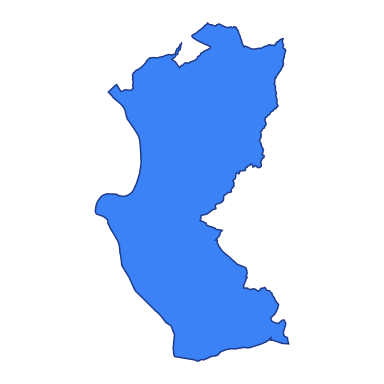 outline of Daesti, Vâlcea, Romania
{"feature_id": "2599482B34599857525673", "entity_name": "Daesti", "entity_type": "district", "adm_level": 2, "iso_a3": "ROU", "parent_name": "Romania", "parent_adm1": "Vâlcea", "projection": "equal_earth", "projection_center": [24.416, 45.181], "detail": "fine", "context": "isolated", "style": "filled", "palette": "blue", "viewbox_px": 384, "rotation_deg": 0, "n_neighbors": 0, "source": "geoboundaries", "source_scale": "gbopen_adm2", "svg_char_len": 5926}
<svg xmlns="http://www.w3.org/2000/svg" viewBox="0 0 384 384"><path d="M284.4,320.3L283.6,319.9L282.1,320.3L279.3,322.6L279.0,323.5L275.6,323.0L272.3,321.5L271.5,320.6L270.7,318.6L270.9,318.1L271.7,316.9L274.7,314.2L275.7,312.5L277.6,308.8L277.9,306.9L278.6,304.9L277.8,303.4L276.7,302.5L276.5,301.8L275.5,300.8L275.0,299.8L274.5,298.0L272.4,295.2L272.0,294.3L272.1,293.4L270.5,292.1L269.5,290.7L267.6,290.4L266.7,290.5L266.2,289.9L265.6,288.2L264.5,287.4L262.7,288.3L261.1,288.3L260.2,289.3L259.7,290.2L258.1,291.2L255.5,289.4L254.2,288.9L252.6,288.9L250.1,289.6L247.7,288.7L247.6,288.1L243.7,288.1L243.7,285.0L244.5,283.8L244.6,282.8L245.5,281.2L246.0,279.0L247.2,277.4L246.2,276.7L247.0,273.6L247.1,272.6L246.6,269.7L245.7,267.6L237.3,264.3L227.7,255.6L225.2,253.7L221.3,250.1L220.6,248.5L219.1,246.7L217.2,242.5L217.1,241.7L217.4,240.8L217.2,240.1L215.5,240.0L218.9,236.4L219.9,234.5L220.2,232.6L222.2,230.4L218.5,229.6L216.9,229.7L216.0,229.3L214.8,228.1L206.7,225.3L206.5,224.1L205.9,223.1L204.5,222.3L201.4,221.0L200.1,220.9L201.0,217.9L200.9,216.0L201.4,215.4L207.1,214.0L212.9,209.6L215.7,208.8L216.0,208.2L215.3,206.7L215.3,205.4L215.4,205.0L216.6,204.2L220.5,202.9L221.7,202.2L223.5,200.2L223.6,196.6L223.9,195.8L227.8,192.8L228.8,192.4L230.7,192.3L231.1,192.0L231.4,191.3L231.1,190.1L231.2,189.3L234.0,186.1L233.9,182.5L233.1,180.6L233.1,180.2L234.7,179.0L235.2,178.4L235.7,176.4L235.7,175.0L236.5,172.6L237.0,172.4L237.9,173.3L238.9,173.8L239.5,172.6L239.7,171.0L245.0,170.5L245.4,170.0L245.6,169.5L245.3,168.6L245.6,168.0L247.2,167.1L247.9,165.8L249.3,165.6L251.1,163.9L252.5,164.8L252.6,166.5L253.0,167.0L253.7,166.9L255.4,165.7L256.4,166.0L257.3,167.4L258.1,167.6L259.6,167.5L261.2,166.4L261.3,164.2L260.6,162.7L260.7,162.0L261.2,161.3L261.5,160.4L261.4,159.8L262.0,159.3L262.0,158.7L263.9,157.6L264.1,155.8L263.7,155.3L262.5,155.0L262.0,154.3L262.5,153.2L262.9,152.7L262.8,152.2L263.5,149.7L262.4,148.0L262.4,147.5L261.9,147.0L261.9,146.6L261.2,145.7L261.4,145.0L261.2,144.0L259.7,141.1L259.7,139.4L260.4,138.6L261.1,137.0L261.1,136.3L260.8,135.7L261.3,134.3L260.8,133.3L260.6,131.6L261.6,130.9L262.8,128.7L264.5,127.8L264.6,126.4L266.0,124.9L266.0,123.9L265.7,122.3L265.1,121.6L265.0,120.0L265.4,119.2L265.0,118.5L265.0,117.9L266.8,116.9L268.0,115.2L269.3,114.7L271.0,111.9L273.1,110.8L274.5,108.8L275.9,108.6L276.2,108.2L276.3,107.5L277.6,106.6L278.0,106.0L277.9,105.5L276.8,103.5L277.0,101.5L277.0,99.4L275.7,95.6L275.8,94.9L276.4,94.1L276.4,93.1L275.5,90.7L275.4,86.5L274.8,84.5L274.4,84.3L274.4,82.9L274.9,82.0L274.7,80.6L275.2,78.7L275.0,77.9L276.1,77.6L275.9,77.0L276.5,76.6L277.1,75.5L277.2,74.6L278.3,73.9L278.9,72.6L279.5,72.0L279.6,71.5L280.8,70.5L280.8,69.6L281.8,68.2L281.8,67.5L282.7,66.7L283.1,65.4L283.4,65.1L283.2,64.0L283.5,63.4L283.0,62.2L283.2,61.7L283.0,61.1L283.3,59.4L283.7,58.6L283.8,57.8L284.4,57.3L284.2,55.4L284.5,54.9L285.1,51.8L285.7,51.1L285.4,49.5L283.5,48.4L282.8,47.7L283.5,45.7L283.5,45.0L282.4,42.1L282.3,41.3L283.1,38.7L281.6,38.9L279.8,40.0L278.4,41.4L276.7,42.2L276.0,43.4L275.2,44.2L275.0,45.1L274.4,45.8L274.0,45.8L273.2,45.2L271.5,45.3L270.8,44.8L269.9,45.0L269.2,44.8L268.3,44.9L268.0,45.5L264.6,46.5L261.3,48.2L260.0,48.4L258.3,48.2L256.5,48.8L252.3,49.2L245.8,46.3L244.7,46.2L244.1,47.0L242.3,43.7L241.2,39.5L240.4,37.8L240.0,35.8L238.9,33.6L238.1,30.7L236.8,29.1L236.7,28.2L236.2,28.2L235.9,27.3L235.7,27.4L234.8,26.7L233.8,26.9L233.5,27.4L232.6,27.6L231.3,27.3L230.7,26.7L229.8,27.5L226.5,27.5L219.1,24.0L216.7,24.8L216.1,25.6L215.7,25.9L214.2,25.9L213.3,25.6L212.5,24.9L209.9,24.7L208.3,23.8L207.7,23.0L206.7,24.3L204.8,25.5L203.9,26.8L201.1,29.2L198.3,31.1L196.6,32.7L191.9,35.6L192.4,37.3L196.3,39.9L200.3,42.0L209.7,46.3L210.6,47.2L210.2,48.1L207.4,49.7L204.2,51.1L202.6,52.6L201.2,52.9L199.7,55.8L197.8,56.5L197.4,58.0L196.0,59.7L192.0,61.5L190.4,61.9L189.0,63.2L186.1,62.8L185.1,63.0L183.9,63.9L183.1,65.1L181.5,65.5L180.6,66.3L179.8,67.5L179.4,67.7L175.4,61.9L174.2,60.9L172.4,60.2L171.8,59.1L173.9,58.0L175.1,56.7L176.1,55.1L177.7,54.1L178.0,51.7L178.5,50.9L180.0,49.9L180.8,46.6L180.2,45.4L181.4,44.5L181.5,43.8L181.4,43.3L180.7,44.4L179.6,45.3L178.8,47.8L177.8,48.2L176.9,48.9L176.1,50.8L175.2,53.7L174.6,54.2L171.2,55.0L168.6,54.5L164.9,55.7L162.8,56.6L159.2,57.3L157.6,58.0L153.8,57.6L149.8,57.9L146.9,60.5L145.4,63.1L142.8,66.0L139.4,68.7L137.7,69.7L136.1,70.2L134.9,71.9L133.7,72.5L132.7,74.5L132.6,77.1L132.9,78.3L132.6,79.4L133.0,80.5L133.3,82.2L132.8,83.9L132.7,86.2L133.3,88.1L132.3,89.3L130.6,90.3L129.1,90.3L125.6,89.8L124.7,90.0L123.2,90.6L122.5,91.2L120.9,91.5L116.6,84.5L115.1,85.6L108.3,92.1L112.2,96.1L113.3,97.7L121.4,104.6L124.0,107.9L125.2,110.7L126.3,116.0L127.3,118.9L134.1,128.7L138.2,135.4L138.9,137.2L139.7,140.3L140.5,148.2L141.1,162.5L140.8,165.6L139.6,173.5L136.5,183.4L133.6,189.8L131.8,192.5L129.1,194.5L126.0,196.0L122.7,196.4L118.9,195.7L117.1,194.5L115.3,194.1L106.4,193.9L103.1,195.2L101.8,196.0L99.2,198.9L97.3,202.0L96.1,205.4L95.7,207.8L95.3,211.5L95.8,213.0L96.7,214.1L102.8,216.2L104.5,217.1L106.9,219.2L107.6,220.3L108.0,223.3L110.6,228.9L112.9,232.4L115.7,237.5L117.5,240.3L118.9,243.9L119.5,246.9L120.1,253.8L120.6,254.8L121.8,265.1L122.0,265.8L129.2,277.5L134.4,289.1L135.7,291.2L152.4,307.6L155.2,310.6L157.0,312.0L160.7,315.6L165.9,322.5L171.1,325.8L174.5,334.7L173.2,347.5L173.8,354.7L174.9,356.6L194.7,359.9L195.4,360.4L197.4,361.0L199.1,360.9L199.9,360.2L202.0,359.4L203.5,359.9L204.3,359.7L205.6,358.9L206.8,358.7L208.6,357.6L210.4,357.0L211.3,356.4L213.4,356.0L214.7,356.1L217.2,355.4L218.7,354.2L219.1,353.3L220.0,352.7L220.8,351.7L226.3,349.6L230.6,348.8L232.9,348.7L234.6,349.0L244.0,347.4L247.2,347.8L249.7,347.6L260.9,344.1L266.3,341.7L268.8,340.0L270.9,337.8L270.9,339.2L270.6,340.2L272.6,340.2L282.2,343.4L288.7,343.8L287.5,339.5L287.6,338.3L287.4,337.6L284.5,336.3L283.5,333.9L283.3,332.6L283.4,331.9L285.3,325.9L285.8,323.9L284.4,320.3Z" fill="#3b82f6" stroke="#1e3a8a" stroke-width="1.5"/></svg>